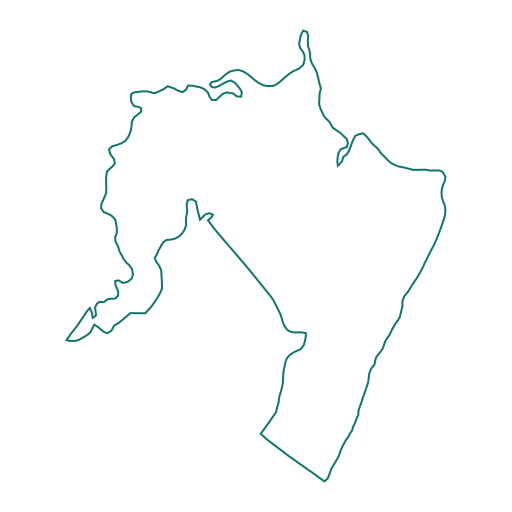 outline of Likoni, Coast, Kenya
{"feature_id": "3690345B67191049823154", "entity_name": "Likoni", "entity_type": "district", "adm_level": 2, "iso_a3": "KEN", "parent_name": "Kenya", "parent_adm1": "Coast", "projection": "robinson", "projection_center": [39.624, -4.1], "detail": "fine", "context": "isolated", "style": "outline", "palette": "teal", "viewbox_px": 512, "rotation_deg": 0, "n_neighbors": 0, "source": "geoboundaries", "source_scale": "gbopen_adm2", "svg_char_len": 4917}
<svg xmlns="http://www.w3.org/2000/svg" viewBox="0 0 512 512"><path d="M324.5,481.3L327.7,478.5L329.4,474.2L331.3,468.9L334.0,464.3L336.1,460.8L338.9,455.8L340.1,451.9L341.4,448.6L343.4,444.6L345.7,440.4L348.3,436.9L349.8,433.7L352.1,430.5L353.1,426.7L354.8,423.4L356.5,418.7L358.3,415.0L358.5,410.5L360.1,405.9L361.6,401.7L362.7,398.2L364.4,393.6L366.7,386.7L368.1,382.6L368.6,379.1L369.1,374.1L371.0,368.8L374.5,364.5L375.2,360.8L376.1,357.4L378.4,354.4L380.5,351.8L382.4,349.1L383.9,345.3L385.2,341.3L387.3,337.9L389.5,335.0L391.1,331.5L392.7,328.2L395.3,323.8L398.2,320.0L399.8,317.1L401.0,312.1L402.4,306.2L402.4,301.2L404.2,296.4L407.8,292.0L411.3,286.4L414.0,282.2L416.2,279.0L418.2,275.7L420.3,272.1L421.9,269.2L423.3,266.3L424.6,263.3L426.1,260.3L428.7,255.1L430.9,250.7L432.8,247.2L434.6,243.5L436.3,239.7L438.2,235.1L440.1,230.0L441.7,225.5L443.2,221.3L445.0,215.4L445.4,210.7L445.0,206.0L443.4,202.1L441.8,197.4L441.5,192.3L442.2,187.8L443.4,184.0L444.8,181.1L445.5,176.7L442.4,171.7L439.5,170.5L435.8,170.4L432.3,170.6L429.0,170.4L425.9,169.7L420.4,169.8L413.3,169.9L408.0,168.5L402.1,167.1L397.9,166.3L394.2,164.7L391.0,163.0L387.2,159.6L383.5,155.7L380.6,152.9L378.5,149.5L375.8,146.8L373.2,144.7L370.0,140.8L367.0,136.9L363.2,133.3L359.2,134.2L355.3,135.8L352.5,141.3L350.6,146.7L348.7,151.3L346.8,154.4L343.3,156.9L342.0,161.4L337.9,165.7L337.3,161.3L337.7,157.2L338.5,153.1L340.5,149.4L344.0,147.9L346.9,147.0L347.9,143.0L346.7,139.0L343.5,135.9L340.2,132.8L336.2,130.1L332.7,127.6L331.0,124.6L329.4,121.8L326.7,119.2L324.2,116.5L322.1,112.3L320.5,108.7L319.1,104.0L319.4,98.6L319.6,93.4L320.9,88.5L319.6,84.1L318.3,78.5L316.9,72.8L314.8,68.1L312.0,63.6L310.3,58.8L310.1,54.4L309.5,50.4L308.0,46.2L307.8,41.2L308.2,36.2L307.0,31.9L303.1,30.7L300.9,34.9L300.0,38.7L299.1,44.1L300.3,48.3L302.8,51.5L304.5,55.4L304.6,60.0L303.1,65.0L299.3,68.4L296.4,69.8L292.9,71.4L289.7,73.5L287.0,75.6L284.4,77.8L281.9,80.0L279.3,82.3L276.6,84.3L273.5,85.8L270.3,86.1L266.5,86.0L262.5,84.9L258.3,82.7L253.8,79.4L250.6,76.5L247.2,73.8L242.4,71.1L238.5,70.0L233.8,70.5L229.5,71.8L226.1,74.1L223.4,76.4L220.8,78.8L218.0,80.5L214.8,81.5L211.9,82.0L209.9,84.4L211.9,87.1L215.3,87.5L218.6,86.1L222.2,84.1L226.5,81.8L230.9,80.5L234.6,82.6L237.9,86.2L240.0,88.9L241.8,92.3L241.2,96.5L236.8,96.5L233.1,93.4L229.6,92.9L226.5,92.4L222.8,93.8L219.7,96.7L216.1,100.0L211.9,100.0L209.4,96.5L208.1,92.8L204.5,89.2L200.1,87.3L196.2,86.5L192.5,85.7L188.0,85.6L186.1,89.7L182.4,92.2L177.2,90.3L173.9,88.3L170.8,87.4L167.8,86.2L163.0,89.5L158.7,91.5L156.0,92.8L153.0,93.1L150.1,92.0L147.0,91.4L143.6,91.4L140.5,91.5L137.2,92.1L134.0,92.4L131.3,94.0L130.9,97.4L131.3,102.1L134.2,106.2L138.4,106.8L141.2,108.3L141.2,111.6L138.4,114.0L134.2,117.3L131.9,121.5L131.7,125.0L131.0,129.9L129.7,133.7L127.7,137.9L124.9,141.2L121.5,143.2L118.0,144.6L115.0,145.5L112.0,146.4L109.0,149.3L110.2,154.1L114.2,159.3L114.8,163.7L112.1,166.8L109.2,169.2L106.9,171.9L106.1,177.4L106.1,182.8L106.3,188.0L106.0,193.6L104.5,196.9L103.2,200.1L101.4,204.0L101.1,208.2L103.6,212.0L107.4,213.6L111.4,215.5L115.2,219.6L116.4,225.3L116.9,229.3L116.7,233.3L115.1,237.6L115.6,241.8L118.2,246.8L119.7,251.8L121.8,255.4L123.9,259.4L126.5,262.7L129.3,265.2L132.0,269.1L133.0,274.4L131.7,278.6L127.7,281.8L123.1,283.0L118.6,280.4L115.2,281.0L115.5,284.9L116.8,288.0L118.1,291.2L118.1,295.6L115.2,298.6L111.3,298.7L107.5,299.3L103.8,302.2L99.7,301.8L97.1,303.5L95.1,307.3L95.5,311.0L96.0,315.4L92.7,317.8L91.7,312.1L89.8,308.0L86.5,311.9L84.2,315.5L76.6,326.6L70.8,333.9L66.5,340.1L69.6,340.9L72.6,341.0L75.7,340.8L79.1,339.7L82.3,338.0L85.0,336.4L88.0,334.4L90.4,332.4L92.3,328.4L94.3,324.6L98.4,327.3L101.1,329.7L103.8,331.9L107.2,333.2L111.4,330.8L114.0,325.7L118.5,323.1L125.1,317.6L130.4,313.1L137.8,313.2L145.3,313.3L147.6,310.7L150.0,308.2L152.8,304.7L155.0,301.4L157.3,297.9L160.2,292.9L162.0,288.3L161.9,283.0L161.6,277.3L161.2,270.4L159.2,265.8L156.6,262.4L154.7,258.0L157.1,253.8L158.6,250.2L160.7,246.5L163.0,242.5L166.3,240.0L169.8,239.7L174.5,238.8L179.2,236.4L181.7,233.9L184.3,230.2L186.1,225.3L185.9,218.6L186.7,214.4L187.3,210.7L186.7,205.0L187.7,200.2L192.1,199.2L195.9,201.5L197.9,211.6L200.0,219.6L202.6,217.1L205.4,214.4L209.4,213.2L213.0,214.8L211.3,217.6L208.0,220.3L213.6,227.9L219.7,235.2L232.4,250.0L245.2,264.9L255.0,276.9L264.8,289.0L267.6,292.5L271.0,296.7L273.5,300.3L276.3,306.0L278.4,310.1L280.5,314.4L281.7,318.4L282.9,322.3L284.5,326.1L287.2,329.7L290.0,331.6L293.3,332.3L296.3,332.4L301.0,332.3L305.9,333.1L305.7,337.4L304.8,341.4L303.8,345.0L300.8,349.1L293.9,352.2L289.2,355.5L286.9,358.3L285.5,361.6L284.7,365.7L283.8,369.4L283.3,373.7L283.1,378.5L282.9,383.0L282.1,386.7L281.1,390.9L279.7,395.2L278.9,399.3L278.5,403.0L277.1,407.6L276.0,412.2L268.3,423.3L260.7,433.9L263.9,436.7L267.0,439.5L277.9,447.8L288.8,456.1L302.0,465.4L315.2,474.7L318.2,477.0L320.9,478.9L324.5,481.3Z" fill="none" stroke="#0f766e" stroke-width="2"/></svg>